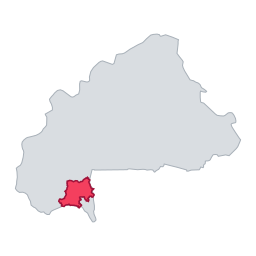 Poni, Poni, Burkina Faso shown in context
{"feature_id": "67063806B8041269423759", "entity_name": "Poni", "entity_type": "district", "adm_level": 2, "iso_a3": "BFA", "parent_name": "Burkina Faso", "parent_adm1": "Poni", "projection": "natural_earth1", "projection_center": [-3.327, 10.311], "detail": "fine", "context": "in_parent", "style": "filled", "palette": "rose", "viewbox_px": 256, "rotation_deg": 0, "n_neighbors": 0, "source": "geoboundaries", "source_scale": "gbopen_adm2", "svg_char_len": 7448}
<svg xmlns="http://www.w3.org/2000/svg" viewBox="0 0 256 256"><path d="M198.4,169.8L191.1,170.1L188.4,171.1L186.8,171.1L186.7,170.3L186.5,169.9L177.3,167.3L170.8,165.7L164.2,164.0L163.8,165.6L162.9,166.7L161.5,166.7L160.5,166.5L159.8,167.7L158.7,169.3L157.2,170.1L155.7,171.1L154.9,172.0L154.3,172.0L152.8,170.0L150.8,169.7L147.0,170.1L145.3,169.5L143.0,169.3L137.6,169.7L129.0,168.8L127.5,169.3L127.2,169.7L118.6,169.8L109.2,169.9L101.3,170.0L94.4,170.0L94.3,169.7L92.1,169.6L91.9,170.3L89.9,178.6L89.7,183.1L90.8,185.9L91.9,187.7L93.2,188.4L93.4,189.4L92.3,190.7L92.4,192.1L93.6,193.4L93.9,194.9L93.3,196.4L93.5,200.0L94.4,205.8L94.4,209.5L93.6,211.2L94.0,214.1L95.7,218.2L96.0,220.0L95.4,220.8L94.0,221.9L92.5,221.8L90.9,219.3L90.1,218.2L88.8,215.7L87.6,213.1L86.1,212.0L84.6,211.0L82.7,207.8L80.9,206.2L79.0,206.7L76.3,206.1L70.7,205.3L64.7,205.5L62.3,206.3L59.8,207.4L53.6,210.0L51.2,211.3L49.3,214.5L47.2,214.5L45.1,213.4L43.8,211.9L40.9,212.3L38.2,210.9L35.5,208.0L33.6,207.1L31.1,205.1L30.4,201.2L28.9,198.5L27.4,194.8L25.3,193.1L22.8,192.2L19.4,192.4L17.1,190.8L15.4,188.6L15.8,186.7L16.6,184.0L16.7,181.4L17.3,177.2L17.0,171.9L16.3,168.2L18.2,166.6L20.4,165.3L21.8,162.7L23.2,157.1L23.8,152.2L23.4,150.4L22.6,149.0L22.1,146.9L21.8,144.3L22.2,142.1L23.8,140.0L25.9,138.3L27.3,137.5L31.2,136.6L36.1,135.3L38.9,133.9L41.0,132.4L42.1,131.2L43.3,128.9L45.2,127.0L46.6,125.2L46.8,120.0L46.8,117.1L45.8,115.5L45.2,114.1L52.4,110.0L52.4,107.2L51.4,104.0L50.0,101.4L49.5,99.2L51.5,96.6L53.3,94.7L54.6,93.0L57.4,90.5L60.3,89.8L63.0,90.8L70.9,96.7L72.3,97.1L73.9,96.7L76.0,95.1L78.7,93.9L79.7,89.9L79.6,84.0L80.2,81.3L81.6,80.8L86.2,81.9L87.3,82.0L88.6,81.6L89.6,80.6L89.6,78.7L89.4,77.0L90.8,71.6L93.5,67.5L99.0,62.4L100.7,61.4L102.6,60.9L112.4,64.4L114.0,63.5L116.4,54.8L119.0,54.0L122.2,53.8L124.3,53.1L125.3,52.5L130.0,49.2L138.1,44.7L142.5,42.7L143.4,42.0L146.5,38.8L150.7,35.1L153.4,34.4L157.1,34.1L159.4,34.7L160.0,35.8L160.8,36.3L165.6,34.8L172.5,37.2L178.5,39.7L178.1,41.2L178.1,43.9L177.6,48.3L177.0,53.4L179.5,56.8L182.4,60.4L183.2,61.8L182.5,65.3L183.0,67.4L184.6,70.9L187.3,75.3L190.0,79.8L191.9,80.4L193.7,80.8L194.8,81.6L196.4,82.4L198.0,82.9L199.3,83.9L200.2,84.8L201.4,87.6L204.5,89.5L206.6,91.3L205.8,92.2L203.1,91.9L200.6,91.1L200.2,92.4L200.2,97.5L200.6,101.8L201.2,102.4L203.7,103.1L209.7,108.7L215.2,113.9L217.1,115.3L220.1,115.8L223.5,116.0L224.9,115.5L228.2,112.9L229.9,112.6L231.5,112.7L232.4,113.1L234.0,115.3L235.5,118.5L235.9,120.9L235.8,122.2L235.3,122.7L232.6,123.3L231.4,123.8L231.1,124.5L231.6,126.1L232.1,127.2L235.1,131.9L239.3,138.2L240.6,139.8L239.9,141.7L237.8,146.6L236.2,148.7L229.1,155.7L225.6,154.9L218.3,156.3L217.2,154.7L215.4,154.5L213.3,154.7L212.6,155.4L212.3,156.0L211.6,157.0L210.2,159.8L209.2,160.5L207.9,160.9L206.3,160.9L205.3,161.2L205.3,162.6L205.1,163.8L204.0,164.4L203.5,165.7L203.6,167.0L203.0,167.7L201.6,167.3L200.8,167.0L200.0,168.7L199.1,169.8L198.4,169.8Z" fill="#d9dde1" stroke="#a8b0b8" stroke-width="1"/><path d="M67.2,181.2L67.3,181.4L67.3,181.5L67.1,181.9L67.0,182.4L67.1,182.6L67.2,182.8L67.3,183.0L67.2,183.2L67.1,183.4L67.0,183.6L67.3,184.0L67.3,184.3L67.2,184.6L67.3,184.9L67.1,185.2L67.1,185.3L67.5,185.5L67.7,185.8L67.7,186.0L67.6,186.6L67.5,186.9L67.5,187.0L67.1,187.6L67.0,188.0L66.9,188.4L67.0,188.8L67.0,189.1L66.8,189.4L66.7,189.6L66.0,190.4L65.4,190.9L65.2,191.1L65.0,191.3L65.5,191.6L65.6,191.9L65.8,192.0L65.7,192.1L65.6,192.5L65.8,193.0L65.8,193.3L66.2,193.7L66.2,193.8L66.2,194.1L66.2,194.3L66.3,194.6L66.2,194.9L66.0,195.1L65.9,195.2L65.7,195.3L65.5,196.1L64.8,197.0L64.6,197.5L64.6,198.3L64.4,198.5L64.0,198.4L63.8,198.4L63.4,198.7L63.0,199.0L62.9,199.1L62.7,199.1L62.4,199.3L62.1,199.3L61.7,199.5L61.3,199.4L61.0,199.2L60.8,199.2L60.5,199.3L60.4,199.2L60.2,199.0L59.6,199.1L58.9,200.6L58.9,201.0L58.8,201.4L58.8,201.5L59.1,201.7L59.3,201.9L59.6,202.1L59.8,202.3L59.9,202.5L59.9,202.8L60.1,203.1L60.3,203.1L60.4,203.3L60.6,203.3L60.8,203.4L61.0,203.5L61.2,203.8L61.3,203.7L61.3,203.9L61.3,204.0L61.5,204.1L61.6,204.3L61.8,204.4L61.9,204.6L61.9,204.9L61.8,205.0L61.7,205.2L61.8,205.2L61.7,205.4L61.8,205.7L61.8,205.8L61.7,206.0L63.5,206.4L64.1,206.5L64.8,205.7L65.1,205.5L65.3,205.3L65.8,205.0L66.6,204.8L66.8,204.8L67.0,204.8L67.1,204.7L67.9,204.8L68.1,204.8L68.8,204.2L69.0,204.2L69.3,204.3L69.6,204.7L70.2,205.4L70.8,205.4L71.1,205.2L71.6,205.2L72.4,205.3L72.9,205.3L73.3,205.3L73.9,205.3L74.2,205.3L74.9,205.6L75.3,205.7L75.8,205.6L76.0,205.5L76.8,206.0L77.1,206.1L77.3,206.4L77.5,206.4L78.2,206.0L78.3,206.0L78.4,206.3L78.4,206.5L78.2,207.2L78.2,207.4L78.4,207.6L78.8,207.6L79.1,207.5L79.3,207.7L79.8,207.0L80.1,206.9L80.2,206.6L80.5,206.3L80.6,206.2L80.9,206.1L81.1,205.8L81.2,205.4L81.3,205.3L81.5,205.3L81.5,205.1L81.4,204.9L81.1,205.0L81.0,204.9L80.9,204.8L80.7,204.6L80.5,204.3L80.4,204.2L80.4,203.9L80.2,203.7L79.9,203.7L79.7,203.8L79.4,203.9L79.2,203.8L79.0,203.5L79.0,203.3L79.4,202.8L79.3,202.4L79.2,202.3L79.2,202.2L78.9,201.9L78.9,201.7L79.0,201.3L79.2,201.2L79.4,201.1L79.5,200.8L79.5,200.3L79.6,200.2L79.9,200.1L80.2,200.2L80.8,200.1L81.0,199.8L81.1,199.6L81.1,199.4L81.0,199.2L80.9,199.0L80.8,198.9L80.6,198.8L80.5,198.7L80.2,198.7L80.1,198.4L79.7,198.1L79.6,197.4L79.6,197.2L80.2,197.0L80.5,196.9L81.1,197.0L81.7,196.9L82.6,197.1L83.1,197.0L83.1,196.9L83.3,196.9L83.5,196.8L83.8,196.8L84.2,196.8L84.3,197.0L84.5,197.3L84.5,197.5L84.4,197.8L84.6,198.0L84.7,198.4L84.7,198.5L84.9,198.8L84.9,199.0L85.2,199.4L85.3,199.6L85.4,199.8L85.6,199.8L85.9,200.1L86.0,200.2L86.1,200.3L86.3,200.3L86.5,200.4L86.5,200.5L86.6,200.4L86.6,200.5L86.8,200.8L87.0,201.0L87.3,201.0L87.7,201.0L87.8,201.0L88.0,201.3L88.3,201.4L88.3,201.2L88.4,200.9L88.5,200.9L88.7,200.7L88.8,200.3L88.8,200.1L88.7,199.8L88.7,199.5L88.7,199.4L88.2,198.9L87.9,198.4L88.0,198.2L88.3,197.9L88.5,197.8L88.6,197.7L89.1,197.5L89.1,197.3L89.1,197.1L89.3,196.9L89.3,196.6L89.4,196.4L89.6,196.3L90.4,196.2L91.3,196.2L91.3,196.3L91.3,196.7L91.4,196.9L91.9,197.1L92.1,197.2L92.3,197.2L93.0,196.9L93.2,196.3L93.8,195.6L94.0,195.2L94.1,194.9L94.0,194.6L93.9,194.4L93.6,194.1L92.8,193.7L91.9,193.0L91.6,192.6L91.4,192.2L91.5,191.9L91.7,191.4L91.9,190.3L92.0,190.0L92.2,189.7L92.5,189.7L92.8,189.8L93.0,189.6L93.5,189.1L93.7,188.9L93.4,188.8L92.8,188.7L92.2,188.5L91.6,188.2L91.1,188.0L91.0,187.8L90.8,187.1L90.8,186.9L90.6,186.5L90.5,186.2L90.2,185.9L90.1,185.3L90.0,184.6L89.8,184.3L89.4,183.4L88.9,182.4L88.8,181.9L88.9,181.6L89.0,181.4L89.5,180.9L89.7,180.7L89.7,180.4L89.8,180.0L89.8,179.8L89.7,179.7L89.3,179.6L89.1,179.4L88.9,179.4L88.5,179.3L88.4,179.2L88.4,178.8L88.3,178.7L88.2,178.6L88.3,178.4L88.5,178.3L88.5,178.1L88.3,178.0L88.1,177.9L87.8,177.9L87.6,178.0L87.6,177.5L87.4,177.2L87.1,177.5L86.8,177.8L86.7,178.2L86.6,178.3L86.2,178.2L85.9,178.0L85.7,178.1L85.3,178.5L85.2,178.7L85.1,178.8L84.8,178.8L84.7,178.9L84.7,179.0L84.2,179.2L84.2,179.3L83.7,179.6L83.5,179.8L83.4,179.9L83.2,180.0L83.1,180.4L82.6,181.0L82.5,181.4L82.2,181.4L81.9,181.5L81.5,181.5L81.3,181.6L80.7,181.5L80.4,181.8L80.1,182.0L79.7,182.3L79.1,182.5L79.0,182.4L78.1,181.9L77.9,181.6L77.8,181.4L77.4,180.9L77.2,180.8L76.8,180.8L75.7,180.7L75.6,180.8L75.1,180.9L75.0,181.0L74.8,181.1L74.7,181.1L74.3,181.2L74.2,181.3L74.0,181.5L73.5,181.7L73.3,181.7L73.1,181.5L72.8,181.3L72.7,181.3L72.4,181.1L72.2,181.1L71.7,180.7L71.2,180.7L70.8,180.6L70.4,180.5L70.0,180.5L69.6,180.4L69.4,180.4L69.0,180.7L68.5,180.8L68.4,180.9L68.2,181.0L68.1,180.9L67.7,181.0L67.2,181.2Z" fill="#f43f5e" stroke="#9f1239" stroke-width="1.5"/></svg>